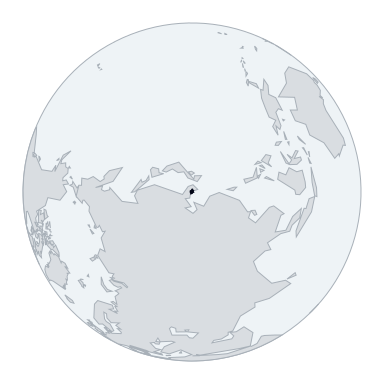 South Chungcheong highlighted on a globe, orthographic projection, rotated 243°
{"feature_id": "KOR-2502", "entity_name": "South Chungcheong", "entity_type": "Province", "adm_level": 1, "iso_a3": "KOR", "parent_name": "South Korea", "parent_adm1": "", "projection": "orthographic", "projection_center": [126.614, 36.518], "detail": "fine", "context": "on_globe", "style": "filled", "palette": "ink", "viewbox_px": 384, "rotation_deg": 243, "n_neighbors": 0, "source": "natural_earth", "source_scale": "10m", "svg_char_len": 12787}
<svg xmlns="http://www.w3.org/2000/svg" viewBox="0 0 384 384"><g transform="rotate(243 192 192)"><circle cx="192" cy="192" r="169" fill="#eef3f6" stroke="#a8b0b8"/><path d="M322.3,287.2L322.2,288.0L322.3,287.2ZM320.1,81.8L319.2,80.9L320.2,82.9L313.8,79.2L298.7,69.3L299.5,68.2L295.8,66.4L294.5,67.8L294.6,69.3L280.1,68.1L274.0,76.6L277.7,82.9L272.5,79.0L283.3,94.0L283.6,102.9L279.8,90.7L276.8,88.0L275.3,92.7L271.8,90.9L269.1,92.3L265.2,89.9L263.3,83.5L260.7,81.9L259.8,85.4L255.2,85.6L257.0,80.6L249.2,80.5L244.6,70.7L252.4,61.0L246.5,55.2L245.5,44.8L242.2,44.4L239.8,40.9L235.1,39.3L236.3,38.2L231.5,38.0L231.3,39.3L229.1,39.8L226.3,39.1L227.4,37.4L228.9,37.5L227.7,36.7L229.5,36.3L227.0,36.1L228.6,34.5L222.9,35.2L220.7,33.2L222.9,32.4L228.0,33.6L245.8,36.4L249.5,36.7L249.7,35.5L238.6,30.3L240.6,30.4L239.3,29.8L235.8,28.9L235.5,29.2L228.6,27.7L229.2,28.7L226.4,28.4L224.8,29.3L219.3,28.0L214.8,26.4L215.9,25.8L213.9,25.2L208.2,25.2L205.7,23.8L196.7,23.1L209.5,23.9L222.1,25.7L234.6,28.5L246.8,32.2L258.8,36.8L270.3,42.3L281.4,48.6L292.0,55.8L302.0,63.7L311.4,72.4L320.1,81.8ZM348.2,168.2L346.8,165.3L348.1,165.4L348.2,168.2ZM345.5,164.8L346.1,165.5L345.6,165.1L345.5,164.8ZM344.9,165.3L345.4,164.9L345.0,165.7L344.9,165.3ZM344.2,166.5L344.5,165.7L344.6,165.9L344.2,166.5ZM342.7,167.2L342.2,167.3L342.4,166.3L342.7,167.2ZM295.2,70.3L294.9,68.1L297.3,67.6L298.0,69.6L295.2,70.3ZM290.1,71.9L289.0,70.1L293.3,71.7L292.6,72.2L290.1,71.9ZM281.1,88.1L281.5,85.6L282.3,88.7L281.1,88.1ZM269.5,93.0L270.5,94.3L268.6,94.5L269.5,93.0ZM228.0,30.0L226.4,29.7L227.5,29.7L228.0,30.0ZM228.7,30.9L231.1,31.1L231.8,31.6L230.3,31.4L228.7,30.9ZM260.9,91.2L257.7,91.3L260.6,90.0L260.9,91.2ZM225.6,30.5L232.7,32.4L233.9,33.2L229.3,33.4L225.6,30.5ZM255.6,90.6L247.8,91.4L249.4,94.3L240.7,86.8L250.2,88.4L253.5,86.2L253.3,88.9L255.6,90.6ZM232.5,40.1L232.5,38.6L235.1,40.5L232.5,40.1ZM234.6,41.2L245.5,47.2L244.0,49.3L240.7,46.7L240.8,50.3L234.8,48.3L233.3,45.9L235.5,44.9L231.5,45.0L234.6,41.2ZM237.1,82.7L235.0,82.1L236.9,81.5L237.1,82.7ZM228.5,40.1L230.8,41.0L229.7,42.8L224.8,41.4L226.7,41.2L228.5,40.1ZM243.9,52.3L242.2,53.6L236.8,52.3L235.4,52.7L234.5,48.4L243.9,52.3ZM225.6,40.5L222.4,40.7L220.4,39.3L226.1,39.4L225.6,40.5ZM231.5,44.0L230.7,44.8L229.5,43.8L231.5,44.0ZM211.4,34.9L214.2,35.7L213.9,36.6L211.4,34.9ZM221.3,40.9L222.0,41.4L222.2,41.9L219.7,41.8L221.3,40.9ZM230.7,48.0L228.9,47.3L230.8,49.6L226.9,48.9L227.0,46.3L225.3,47.2L224.1,47.0L225.5,45.1L230.7,48.0ZM217.8,43.4L216.6,40.2L211.4,38.5L211.6,37.5L219.8,40.5L217.8,43.4ZM222.2,44.5L219.5,43.5L221.1,42.7L223.9,42.8L222.2,44.5ZM224.2,49.5L230.2,51.2L230.0,51.7L224.2,49.5ZM216.0,43.0L216.3,43.8L215.4,42.9L216.0,43.0ZM221.3,47.6L223.5,48.1L223.1,48.7L221.3,47.6ZM215.2,45.1L214.8,44.0L216.7,44.0L215.2,45.1ZM217.7,46.4L216.8,47.1L217.6,44.7L218.7,46.5L217.7,46.4ZM220.6,48.1L221.1,48.6L219.8,47.9L220.6,48.1ZM208.2,45.9L208.8,42.9L213.0,42.8L211.8,45.7L208.2,45.9ZM78.0,67.3L72.4,73.2L70.1,75.8L66.1,79.5L52.8,97.4L54.9,96.4L48.3,110.8L47.3,117.9L56.4,110.3L58.1,98.3L63.7,91.6L66.7,97.1L66.0,108.4L68.2,106.2L73.0,95.7L77.4,95.3L75.3,91.9L72.8,95.4L71.3,93.6L73.5,90.3L75.0,90.2L76.5,86.3L69.1,88.6L65.8,92.5L66.9,85.7L61.4,91.7L60.1,91.7L68.8,81.6L71.4,79.6L83.8,66.8L81.2,68.1L69.3,80.5L71.0,78.1L67.3,80.7L71.4,76.8L85.1,63.6L89.1,58.7L87.1,59.5L103.9,47.8L96.3,53.1L99.3,51.5L108.1,46.3L104.3,49.0L106.7,47.9L103.6,50.6L105.9,51.5L103.7,54.3L111.0,52.3L110.9,53.6L106.6,54.3L102.5,56.5L98.0,64.5L99.0,65.3L104.1,63.5L102.2,66.2L107.8,63.6L108.3,67.8L112.3,60.6L118.4,59.0L122.3,60.6L125.0,58.9L118.7,56.5L115.6,56.8L111.8,59.0L103.9,59.4L104.0,57.3L115.0,52.4L116.5,49.2L124.4,47.4L136.4,54.2L138.1,58.7L127.4,69.6L123.3,69.2L125.1,65.0L117.5,70.4L121.0,69.2L119.4,71.7L124.9,71.3L124.0,73.1L130.7,70.0L130.3,72.1L126.0,74.1L133.8,76.0L134.6,80.6L136.7,80.2L138.8,78.6L138.5,85.8L140.1,85.3L140.8,82.7L144.5,80.0L150.8,78.2L150.4,80.8L148.0,81.8L142.4,88.0L136.2,90.6L136.6,91.6L141.9,90.0L148.8,82.3L152.7,80.6L150.0,84.3L151.3,82.8L153.1,82.7L154.5,85.3L157.7,81.3L178.4,79.2L183.1,84.3L178.4,87.5L192.3,90.2L196.5,96.8L197.2,94.2L204.3,94.3L203.1,92.2L203.9,91.0L221.7,91.5L225.5,94.0L233.8,92.2L234.2,91.0L231.8,89.0L240.7,86.8L249.4,94.3L248.1,96.6L254.4,100.1L250.7,105.0L250.6,111.0L243.0,114.9L243.5,119.7L245.9,120.6L248.5,128.1L245.4,141.1L237.3,126.5L239.8,108.1L237.9,115.0L235.2,112.4L232.5,114.3L231.4,119.6L233.3,120.8L215.4,125.4L206.4,138.6L214.7,139.1L218.4,144.2L215.5,161.9L194.1,182.4L198.7,191.1L198.0,196.2L191.7,198.3L192.6,190.9L187.6,187.3L189.1,183.0L179.3,184.6L180.9,178.7L172.5,183.2L174.0,188.5L182.0,189.0L174.0,196.0L180.2,205.9L179.2,216.0L163.0,230.5L149.1,232.5L147.9,235.3L143.3,230.6L135.7,234.6L143.2,253.9L142.5,258.5L130.9,264.2L130.9,260.7L118.6,248.0L115.3,258.3L124.5,270.6L127.7,281.9L120.1,276.3L117.0,266.1L112.7,261.3L114.6,252.2L112.5,236.2L104.9,236.1L106.3,230.3L102.2,215.2L91.7,214.3L74.5,221.6L70.9,235.3L65.6,238.4L62.1,212.7L64.7,197.6L60.9,195.9L59.5,178.8L49.7,165.2L50.6,160.5L48.3,159.4L47.7,151.4L49.9,144.1L48.5,141.3L43.1,160.8L44.8,163.9L49.6,162.1L47.4,168.0L48.3,177.1L39.1,182.5L28.3,174.0L31.1,162.9L43.0,125.1L44.8,122.9L45.0,122.5L45.4,121.9L42.5,124.8L45.8,118.0L35.3,141.5L31.9,150.1L28.1,174.3L27.5,174.8L27.5,181.2L32.0,188.3L31.2,191.6L26.7,201.4L23.7,207.3L23.1,195.3L23.3,183.3L24.3,171.4L26.2,159.6L28.9,147.9L32.4,136.5L36.7,125.4L41.8,114.5L47.7,104.1L54.3,94.1L61.6,84.6L69.5,75.6L78.0,67.3ZM61.3,126.5L63.5,133.7L69.4,124.5L70.7,126.6L72.2,122.9L69.8,123.8L74.5,114.3L77.9,115.6L81.2,112.4L80.6,109.9L73.6,109.2L66.8,122.5L63.3,123.5L61.3,126.5ZM122.7,40.5L119.5,42.2L117.5,42.5L120.2,40.1L123.2,39.5L122.7,40.5ZM115.4,44.5L125.5,41.0L124.3,42.7L123.3,42.2L121.4,43.7L119.3,43.5L108.1,49.1L105.6,49.8L112.1,44.3L111.3,45.5L114.5,43.7L115.4,44.5ZM153.7,32.5L158.1,32.0L149.6,36.2L146.5,36.3L149.0,33.6L154.2,32.0L153.7,32.5ZM216.1,30.8L218.3,31.1L218.0,31.4L215.9,31.5L216.1,30.8ZM212.7,35.2L206.1,30.3L208.3,30.3L201.8,28.1L205.1,27.2L209.2,28.5L206.8,26.4L211.8,27.3L209.6,26.0L218.4,29.2L222.9,30.3L216.7,29.4L213.5,30.1L213.5,30.7L216.7,33.5L224.7,36.6L222.9,38.1L219.5,38.4L217.3,37.9L219.2,37.0L214.9,37.0L215.9,35.3L212.7,35.2ZM180.5,46.6L183.6,44.8L175.2,46.3L176.2,43.9L175.1,44.2L173.7,42.5L170.2,41.1L171.5,40.1L169.6,40.1L168.6,39.1L166.4,38.7L167.9,36.9L165.3,36.4L167.5,35.8L162.7,35.5L166.9,35.0L166.0,33.9L162.4,35.0L175.5,27.9L177.8,26.0L177.4,24.9L184.7,24.6L189.7,25.7L192.7,27.9L189.5,30.0L193.3,29.7L192.9,30.7L190.0,30.5L194.3,31.5L193.2,32.4L195.8,35.5L202.6,36.8L203.7,38.2L200.5,38.1L203.9,39.6L198.6,40.5L199.3,41.5L194.8,43.7L188.2,43.2L189.5,44.5L186.1,46.5L180.5,46.6ZM206.7,46.4L198.6,46.0L195.2,44.6L204.5,41.5L204.6,40.4L210.4,38.8L215.3,41.0L213.2,41.2L212.3,41.9L211.1,40.9L211.3,42.3L208.4,42.7L207.8,44.0L205.3,43.4L206.7,46.4ZM70.6,75.9L69.4,77.6L68.2,79.5L65.8,81.4L70.6,75.9ZM79.8,66.8L79.2,67.7L75.2,70.9L76.5,69.4L79.8,66.8ZM82.1,65.7L79.4,67.5L81.7,65.7L82.1,65.7ZM106.4,55.2L106.1,56.3L104.8,56.9L103.4,57.0L106.4,55.2ZM155.7,52.1L158.0,51.0L158.7,51.3L164.8,50.5L164.5,52.4L160.7,53.7L155.7,52.1ZM54.8,109.9L53.2,109.7L54.2,107.7L54.5,108.1L54.8,109.9ZM58.3,94.5L55.9,99.2L57.7,95.0L58.3,94.5ZM156.4,54.1L158.9,53.5L157.2,54.9L156.4,54.1ZM164.6,53.9L163.2,55.5L165.2,52.6L164.6,53.9ZM31.5,244.9L30.7,241.7L33.7,250.9L34.8,254.0L31.5,244.9ZM169.8,312.8L175.1,314.0L174.9,314.6L169.8,312.8ZM164.3,310.0L170.2,311.1L163.4,311.1L164.3,310.0ZM172.5,311.5L178.6,311.1L181.2,310.5L180.8,311.6L172.5,311.5ZM160.4,309.4L139.3,304.9L131.2,301.2L133.0,299.6L146.1,303.4L160.4,309.4ZM132.3,299.3L120.1,289.5L104.6,264.5L110.1,267.0L126.6,284.5L125.5,286.1L132.9,293.3L132.3,299.3ZM162.5,294.5L161.4,300.1L149.6,297.4L144.4,295.3L140.7,286.8L142.8,283.4L147.0,284.5L164.4,274.1L170.2,278.5L164.7,283.4L169.6,289.5L162.5,294.5ZM71.3,237.1L73.3,247.3L70.6,247.0L71.3,237.1ZM172.0,265.3L164.6,270.4L171.5,263.0L172.0,265.3ZM176.4,257.8L176.6,261.1L174.0,257.6L176.4,257.8ZM147.1,239.9L142.6,239.6L142.8,237.2L148.7,236.2L147.1,239.9ZM178.4,224.5L177.2,231.7L176.0,234.0L174.4,229.3L178.4,224.5ZM157.7,72.6L149.6,71.4L143.6,72.4L139.9,75.7L141.6,70.8L150.9,69.2L157.7,72.6ZM175.9,77.9L179.0,75.5L180.0,77.2L179.4,78.0L175.9,77.9ZM176.1,76.0L175.6,71.9L178.9,70.9L178.7,74.3L176.1,76.0ZM165.6,62.2L163.2,61.6L164.7,60.4L165.6,62.2ZM268.9,342.4L283.0,334.2L285.1,333.0L283.4,334.1L268.9,342.4ZM232.7,354.3L231.9,353.0L239.2,351.5L236.7,353.2L232.7,354.3ZM287.7,331.1L291.9,327.8L292.9,326.0L293.1,326.9L297.2,324.1L286.7,331.9L287.7,331.1ZM203.8,348.4L171.3,351.4L163.9,349.8L165.2,347.9L157.2,339.6L159.5,340.2L157.2,334.5L176.0,331.9L189.3,322.8L200.6,324.1L208.6,316.4L220.4,316.8L217.2,323.1L229.8,326.4L237.5,312.2L246.1,325.6L255.8,328.6L259.6,335.0L245.3,347.8L236.2,351.0L234.1,350.7L230.5,352.0L224.3,352.5L220.0,350.0L216.5,351.2L219.5,348.6L214.6,351.0L211.0,349.1L203.8,348.4ZM288.4,313.7L290.3,313.3L293.6,314.0L290.5,314.9L288.4,313.7ZM317.4,292.9L318.4,293.2L316.4,294.8L317.4,292.9ZM322.0,288.2L319.5,290.2L322.3,287.2L322.0,288.2ZM297.8,302.6L298.8,303.0L298.0,303.6L297.8,302.6ZM297.0,302.6L298.0,300.9L298.0,302.3L297.0,302.6ZM287.4,298.3L288.5,297.2L289.0,297.6L287.4,298.3ZM182.9,314.9L190.1,311.4L194.1,311.3L182.9,314.9ZM285.7,297.2L282.8,297.8L283.0,297.0L285.7,297.2ZM285.8,295.2L285.4,294.2L287.3,296.3L285.8,295.2ZM280.2,294.1L283.7,295.3L279.8,294.5L280.2,294.1ZM278.1,294.9L275.6,294.6L275.7,294.2L278.1,294.9ZM250.4,301.5L259.8,307.2L252.4,308.1L244.1,304.7L238.0,309.4L223.9,309.5L227.0,306.8L225.0,302.9L210.7,301.4L207.8,298.7L212.8,296.9L203.5,294.5L213.7,293.6L217.9,299.2L223.7,294.7L233.9,295.5L244.0,296.6L252.3,299.7L250.4,301.5ZM213.9,305.6L215.7,305.7L214.2,307.2L213.9,305.6ZM270.7,292.7L274.4,294.5L274.0,295.2L272.2,295.2L270.7,292.7ZM254.2,298.5L263.0,292.8L265.1,292.5L259.3,298.5L254.2,298.5ZM260.8,290.2L265.0,290.2L267.2,292.3L266.4,293.2L260.8,290.2ZM193.1,299.8L192.8,301.3L190.2,299.9L193.1,299.8ZM196.5,299.1L204.4,301.2L195.8,300.4L196.5,299.1ZM173.1,291.3L175.3,295.4L182.4,293.8L177.0,296.6L181.9,303.1L180.3,305.1L175.4,298.2L173.9,304.6L170.8,304.0L169.0,298.1L172.0,291.5L175.1,288.9L188.0,289.1L173.1,291.3ZM196.4,294.6L194.3,290.1L195.9,287.3L198.1,289.8L196.4,294.6ZM188.4,278.8L183.2,273.0L178.3,274.4L188.5,268.0L191.8,274.8L188.4,278.8ZM184.4,266.6L179.7,267.9L184.7,264.1L184.4,266.6ZM178.6,266.0L178.4,262.1L181.9,263.0L178.6,266.0ZM186.7,267.0L188.0,260.6L189.6,264.7L186.7,267.0ZM177.5,253.2L184.7,260.6L174.9,256.6L175.5,243.7L179.8,244.0L177.5,253.2ZM207.8,202.7L207.4,198.7L211.5,198.2L210.7,201.0L207.8,202.7ZM224.6,193.8L212.5,196.8L202.7,199.5L205.3,201.6L202.3,207.9L198.9,201.4L206.4,194.7L213.7,193.9L215.6,188.4L221.4,185.0L221.5,178.0L224.3,175.2L226.5,181.4L224.6,193.8ZM221.2,175.1L223.3,163.0L230.7,165.1L231.9,168.2L227.8,172.8L224.1,171.4L221.2,175.1ZM226.0,160.8L222.5,159.4L218.2,141.1L219.2,137.9L226.3,152.3L223.4,151.9L223.1,156.2L226.0,160.8ZM235.2,83.5L235.0,82.2L236.5,83.4L235.2,83.5ZM203.1,89.9L204.5,88.5L206.3,89.8L203.1,89.9ZM209.4,85.5L206.4,85.0L209.8,84.4L209.4,85.5ZM199.8,84.2L205.3,84.3L199.7,85.8L199.8,84.2Z" fill="#d9dde1" stroke="#a8b0b8" stroke-width="1"/><path d="M192.5,193.4L192.4,193.4L192.3,193.5L192.2,193.5L192.1,193.4L192.0,193.2L191.9,193.1L191.7,193.1L191.8,193.0L192.0,193.0L191.9,193.0L191.9,192.9L191.9,192.7L191.9,192.4L191.7,192.4L191.8,192.4L191.7,192.3L191.8,192.3L191.9,192.2L192.0,192.2L191.9,192.1L191.7,192.2L191.8,192.0L191.7,192.0L191.7,191.9L191.7,191.7L191.8,191.7L191.7,191.6L191.7,191.4L191.6,191.5L191.4,191.7L191.4,191.4L191.3,191.5L191.3,191.8L191.2,191.8L191.2,191.7L191.3,191.7L191.2,191.5L191.2,191.4L191.1,191.5L190.9,191.5L190.9,191.4L191.0,191.4L190.9,191.3L190.9,191.2L191.0,191.2L191.0,190.9L191.1,191.0L191.2,190.9L191.2,190.7L191.3,190.7L191.3,190.8L191.3,191.0L191.2,191.1L191.3,191.2L191.5,191.0L191.4,191.0L191.4,190.9L191.5,190.9L191.4,190.8L191.4,190.7L191.5,190.6L191.7,190.8L191.7,191.0L191.8,190.8L191.8,190.7L191.8,190.8L191.9,190.7L191.7,190.6L191.8,190.6L191.7,190.5L191.7,190.4L191.8,190.4L191.8,190.5L192.0,190.5L192.0,190.8L192.1,190.7L192.3,190.6L192.4,190.8L192.5,190.8L192.5,191.0L192.5,191.3L192.6,191.2L192.6,190.9L192.8,190.9L193.0,190.9L193.3,190.8L193.5,190.9L193.5,191.0L193.7,191.3L193.6,191.5L193.2,191.5L193.1,192.1L193.3,192.2L193.6,192.4L193.6,192.5L193.7,192.8L193.8,192.8L193.9,192.7L194.0,192.7L194.1,192.4L194.1,192.5L194.0,192.8L194.2,193.0L194.3,193.1L194.3,193.3L194.3,193.5L194.2,193.6L193.9,193.5L194.0,193.5L193.9,193.5L193.8,193.4L193.7,193.2L193.6,193.3L193.3,193.3L193.2,193.4L193.2,193.2L192.8,193.2L192.7,193.2L192.6,193.3L192.5,193.4ZM191.5,192.2L191.6,192.3L191.4,192.3L191.4,192.2L191.3,191.9L191.4,191.7L191.4,191.8L191.5,192.0L191.4,192.0L191.5,192.0L191.5,192.2Z" fill="#0f172a" stroke="#020617" stroke-width="1.5"/></g></svg>